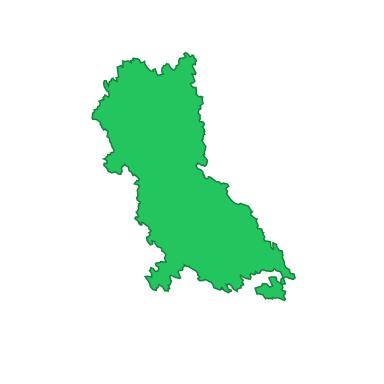 outline of Ballybay-Clones Lea-5, Monaghan, Ireland, rotated 226°
{"feature_id": "5873133B63636578816304", "entity_name": "Ballybay-Clones Lea-5", "entity_type": "district", "adm_level": 2, "iso_a3": "IRL", "parent_name": "Ireland", "parent_adm1": "Monaghan", "projection": "equal_earth", "projection_center": [-7.062, 54.133], "detail": "fine", "context": "isolated", "style": "filled", "palette": "green", "viewbox_px": 384, "rotation_deg": 226, "n_neighbors": 0, "source": "geoboundaries", "source_scale": "gbopen_adm2", "svg_char_len": 6050}
<svg xmlns="http://www.w3.org/2000/svg" viewBox="0 0 384 384"><g transform="rotate(226 192 192)"><path d="M319.0,178.6L317.1,177.3L317.7,175.5L317.4,174.8L315.5,173.1L315.1,171.9L313.9,171.3L313.0,171.1L312.2,172.5L310.1,173.8L307.1,174.3L305.6,174.4L304.4,172.9L302.4,173.0L301.4,172.1L297.9,171.5L297.7,173.3L295.7,173.2L294.6,173.8L293.2,172.9L290.8,169.3L288.1,170.0L285.7,168.0L284.0,167.9L279.8,165.8L275.6,164.8L275.0,163.0L276.2,161.7L276.0,161.2L276.7,160.4L275.5,159.1L277.4,157.4L276.4,156.1L276.7,154.9L276.2,152.9L277.0,151.5L273.8,152.6L271.8,150.8L273.6,148.8L272.6,147.2L268.3,147.2L265.1,146.2L261.4,147.6L259.8,151.0L256.3,151.4L254.2,153.0L255.4,155.0L255.3,156.1L257.8,157.5L258.8,159.5L258.3,161.1L258.8,162.8L257.8,162.5L254.3,163.6L251.2,161.7L250.2,161.5L249.1,162.3L244.8,161.1L244.3,161.7L244.6,162.8L237.9,163.1L237.2,161.2L238.5,160.3L237.9,156.2L234.1,158.6L231.7,157.0L231.9,155.0L231.1,153.7L226.7,150.6L226.1,148.8L226.5,148.3L224.1,147.0L220.8,147.7L220.0,147.2L220.5,145.2L219.0,144.6L219.3,143.5L217.1,142.1L216.1,139.7L216.3,137.9L211.6,136.7L211.4,135.2L212.6,135.0L213.1,134.1L212.6,132.5L209.1,133.0L205.9,132.0L206.3,132.8L203.6,132.2L203.2,133.3L205.0,134.4L205.0,135.2L197.1,136.6L194.7,135.2L192.6,135.9L192.4,134.0L192.8,132.7L190.2,132.1L190.3,129.6L191.0,128.1L188.2,125.9L183.0,125.2L181.9,127.6L182.9,128.7L184.6,129.3L182.2,130.9L181.1,129.8L176.7,129.2L173.3,130.9L171.5,130.4L170.5,129.3L169.7,129.8L165.5,130.0L163.9,127.8L164.0,126.7L159.6,124.5L163.8,121.0L163.4,119.7L165.6,117.4L165.8,115.8L163.5,114.9L161.2,115.8L159.8,114.6L158.8,112.3L160.4,110.5L163.8,110.9L166.2,109.9L165.1,108.5L165.0,106.8L161.6,106.4L158.7,103.7L161.6,102.1L163.8,99.5L158.2,98.8L155.2,97.9L153.2,96.4L148.9,96.1L146.1,98.0L147.6,100.3L147.1,100.7L147.3,102.0L148.2,104.0L144.0,104.9L139.9,103.9L137.3,106.1L139.0,107.8L138.0,108.8L141.3,110.2L140.7,110.7L140.8,112.4L141.8,114.5L142.5,114.6L142.3,115.3L145.9,116.5L146.5,117.4L146.7,118.5L146.2,119.4L141.9,120.8L138.6,123.1L138.1,124.1L144.4,126.6L144.4,128.3L142.7,130.2L142.6,131.6L144.2,132.6L143.8,135.1L145.0,135.8L142.0,136.6L140.9,138.1L139.8,137.9L132.3,140.1L129.5,139.7L128.1,138.3L125.5,138.6L125.8,136.0L123.8,135.7L122.7,136.1L120.2,139.0L120.4,140.1L118.6,141.3L113.6,143.0L110.8,142.7L107.7,141.3L102.0,144.2L102.3,145.2L101.5,145.8L102.7,146.5L102.5,147.4L98.9,146.7L94.5,148.1L94.0,148.8L94.6,149.3L93.4,151.3L93.9,152.1L97.1,150.5L98.4,151.4L101.9,152.2L100.5,153.1L100.4,154.9L96.4,155.3L95.7,154.7L93.1,154.4L89.1,155.6L90.6,156.8L89.8,159.5L88.9,160.6L90.4,161.9L89.5,164.6L90.5,165.4L92.1,164.8L92.9,167.5L96.5,167.5L98.1,168.4L98.3,169.3L95.9,169.5L91.9,171.2L89.6,172.5L89.7,173.1L88.8,173.6L90.1,175.5L92.1,176.1L92.3,177.9L89.5,179.0L89.0,180.2L89.4,180.4L89.2,181.8L90.2,182.5L87.7,182.9L86.7,184.1L86.8,185.4L87.7,186.7L87.2,187.3L87.2,188.9L84.2,190.2L80.0,193.7L79.0,195.8L79.8,197.6L78.7,198.2L77.0,197.9L73.0,200.2L69.9,199.2L67.3,197.9L67.5,195.6L64.6,192.2L69.7,191.2L71.0,192.8L71.7,192.5L72.6,193.2L76.2,189.6L76.8,187.6L68.4,184.7L69.6,181.7L74.0,181.8L77.0,179.0L76.0,176.5L79.0,170.6L73.3,167.9L72.5,169.3L68.9,171.5L64.0,170.8L63.4,172.5L62.2,172.8L62.3,173.3L60.2,174.9L60.4,175.4L59.2,175.6L59.8,176.9L57.7,178.3L56.3,180.4L49.7,183.3L50.1,184.8L52.7,185.2L54.5,186.8L53.9,187.6L55.6,190.3L58.2,188.6L59.9,189.0L59.9,190.8L63.1,192.5L61.1,195.4L66.4,197.6L66.1,200.0L65.2,201.2L62.2,201.8L62.1,202.5L59.3,203.6L58.7,204.3L58.7,206.5L62.0,208.4L65.4,206.2L68.4,208.1L72.2,207.1L74.9,207.7L78.2,210.1L82.0,211.4L83.2,213.3L87.0,215.9L89.4,214.1L93.4,214.8L95.5,216.3L99.3,215.0L97.0,212.7L94.8,211.8L94.3,210.7L95.0,210.5L97.6,210.5L101.8,213.9L106.5,210.3L108.6,211.3L109.0,213.0L113.1,214.1L113.1,215.0L113.6,214.6L116.9,216.4L120.0,214.0L121.3,214.3L121.4,215.5L122.3,216.4L126.2,217.8L127.4,220.0L129.3,219.0L134.4,218.4L136.1,219.5L135.7,221.7L137.0,221.5L142.5,222.7L150.3,218.8L150.6,216.7L154.0,215.1L158.1,214.5L166.4,215.5L167.8,218.0L170.3,218.3L171.2,219.5L170.5,222.4L173.4,222.9L176.6,220.7L177.7,218.6L180.2,218.6L182.6,216.6L189.8,215.6L191.5,214.4L190.8,213.5L191.1,212.1L192.1,211.4L194.3,211.1L194.7,212.1L196.5,212.5L197.2,212.1L198.6,213.6L200.4,213.8L203.2,213.3L204.4,212.3L207.3,212.7L208.6,213.8L208.4,215.3L209.0,216.2L204.9,217.4L203.5,218.6L201.6,219.2L201.6,221.5L203.5,224.4L204.9,225.3L210.0,225.4L210.6,225.8L210.0,227.1L211.5,227.9L214.9,233.3L222.6,235.0L222.2,236.2L224.7,239.6L225.1,240.5L224.6,241.1L227.0,242.6L226.8,243.3L228.1,243.4L228.4,244.2L231.9,244.9L231.6,246.5L232.5,248.3L234.8,248.5L237.5,246.4L238.8,247.5L238.9,248.9L240.4,249.6L241.0,250.6L241.9,251.3L244.0,251.1L245.5,252.4L246.7,255.0L245.7,255.6L245.9,256.0L246.7,257.1L248.4,257.7L247.9,261.3L252.4,264.3L252.7,265.6L254.7,264.8L254.6,263.9L255.4,263.3L257.7,262.9L260.0,263.3L261.7,265.5L264.4,267.5L266.7,265.3L270.5,265.8L271.0,267.1L269.8,268.1L269.6,270.9L277.0,274.2L274.2,275.9L274.8,277.4L281.6,279.4L282.6,280.2L283.0,281.7L281.2,282.9L283.4,285.0L283.2,286.2L284.9,287.1L286.2,286.3L289.1,287.9L290.4,287.1L289.9,286.4L290.7,284.4L293.5,285.0L296.7,284.3L297.0,282.0L293.7,281.3L294.2,279.3L296.7,275.8L295.4,273.3L293.2,271.6L292.9,269.3L293.8,268.5L292.3,266.3L292.1,263.8L292.5,263.2L296.1,262.9L300.4,263.9L301.9,262.8L301.5,260.7L302.6,259.4L301.8,257.6L301.9,256.5L299.4,253.8L296.7,253.1L299.9,248.1L306.2,251.0L307.0,249.0L305.9,247.6L307.9,246.3L312.2,246.1L316.4,246.8L319.0,248.6L319.3,246.9L320.6,244.9L323.6,245.9L325.7,245.3L328.7,243.0L329.0,242.2L327.3,241.4L329.1,239.3L327.2,238.1L330.5,237.3L332.1,234.8L334.3,233.2L329.9,229.1L330.8,228.2L332.0,228.9L333.8,225.0L325.7,219.0L326.7,216.7L323.7,214.9L326.7,213.6L328.6,214.3L329.1,213.3L329.0,211.9L328.0,211.1L328.8,209.3L326.2,205.4L331.6,207.5L332.9,206.3L331.7,204.1L328.8,202.1L323.2,200.9L322.4,201.7L318.8,199.3L318.5,197.7L322.3,196.8L321.6,195.2L321.8,193.6L319.7,193.0L319.8,192.0L320.6,191.6L321.9,188.3L319.0,187.2L318.3,185.4L318.8,183.3L317.6,181.6L319.0,178.6Z" fill="#22c55e" stroke="#15803d" stroke-width="1.5"/></g></svg>